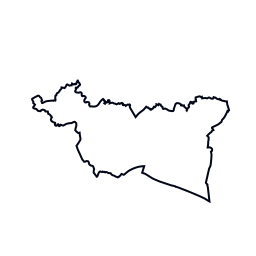 Tha Wung, Lop Buri, Thailand, rotated 108°
{"feature_id": "78962969B60837596961225", "entity_name": "Tha Wung", "entity_type": "district", "adm_level": 2, "iso_a3": "THA", "parent_name": "Thailand", "parent_adm1": "Lop Buri", "projection": "mercator", "projection_center": [100.49, 14.806], "detail": "fine", "context": "isolated", "style": "outline", "palette": "ink", "viewbox_px": 256, "rotation_deg": 108, "n_neighbors": 0, "source": "geoboundaries", "source_scale": "gbopen_adm2", "svg_char_len": 5886}
<svg xmlns="http://www.w3.org/2000/svg" viewBox="0 0 256 256"><g transform="rotate(108 128 128)"><path d="M72.1,42.2L72.6,43.6L72.6,45.2L72.9,46.6L72.8,48.3L72.4,48.4L72.0,49.7L72.6,49.9L72.5,50.5L72.7,51.0L72.8,52.1L72.4,53.6L72.1,54.1L72.3,54.5L72.2,55.1L72.2,56.1L73.5,56.1L73.9,56.4L74.1,56.8L74.3,58.2L73.9,59.9L74.1,60.7L75.1,61.6L75.4,62.0L75.5,63.6L76.9,66.7L75.5,67.4L76.0,68.1L75.9,69.0L75.7,69.4L76.0,70.2L78.0,73.1L79.0,72.9L79.8,72.3L80.2,72.4L80.4,72.0L81.0,71.9L81.6,71.5L82.8,73.7L83.8,73.3L84.5,73.4L84.8,73.9L84.9,74.3L84.2,75.6L83.7,75.7L83.8,76.6L84.9,76.8L85.8,76.8L87.4,77.4L88.0,77.3L88.9,76.5L89.5,76.5L90.8,77.3L93.3,77.5L93.2,77.7L91.7,77.8L90.3,81.2L89.2,81.8L90.0,83.4L90.1,84.3L90.1,84.5L89.3,84.5L89.3,85.1L88.8,86.3L88.8,86.9L89.0,88.4L89.4,89.5L90.5,90.2L94.5,90.3L95.2,90.4L97.0,90.0L97.8,90.3L98.4,91.4L98.5,92.6L98.7,93.4L98.8,94.6L98.2,97.0L98.0,98.7L98.1,99.0L98.4,99.3L99.0,100.4L97.6,101.8L97.3,101.8L96.7,103.4L96.0,104.3L95.7,104.3L95.7,104.9L95.9,105.1L95.5,106.0L96.5,106.3L96.6,106.5L96.9,106.5L96.6,107.5L96.6,108.3L97.5,108.0L99.7,108.7L99.7,109.2L99.9,109.2L99.9,110.0L101.7,110.3L101.9,110.6L102.5,110.9L103.2,111.4L103.0,111.8L103.3,112.0L103.1,112.4L103.5,112.6L103.2,113.2L103.0,113.8L102.8,113.8L102.8,114.8L102.2,115.5L102.6,116.5L102.2,117.3L105.8,118.8L109.2,121.2L111.5,122.6L115.3,124.1L108.5,131.9L107.3,132.9L106.5,133.0L105.7,133.0L105.2,133.5L105.1,133.8L105.7,134.4L105.7,135.3L105.9,135.7L106.4,136.1L106.8,136.3L107.7,137.0L107.1,137.9L107.0,138.2L107.6,139.3L107.8,139.6L107.8,139.9L107.1,140.3L106.4,140.3L106.1,140.8L106.0,141.4L106.3,142.1L107.0,142.4L107.1,142.9L107.7,143.4L107.7,143.8L107.3,144.3L107.3,144.7L108.5,145.6L109.1,146.4L108.8,147.5L109.0,149.1L108.8,149.7L108.7,150.4L109.6,152.3L110.3,153.1L109.1,153.4L108.8,153.6L107.9,153.9L107.4,154.5L107.5,155.1L107.9,155.6L108.8,155.2L109.4,155.2L109.5,155.7L110.0,155.8L110.0,156.3L110.1,156.6L112.0,157.2L112.0,157.8L111.9,158.2L111.2,158.0L109.4,158.3L109.3,159.4L108.5,159.7L108.1,160.7L109.4,161.6L110.4,162.0L111.4,162.5L115.0,163.5L116.5,164.4L117.4,165.5L118.2,167.0L118.7,169.3L119.2,170.6L118.2,172.0L117.9,172.2L117.0,172.1L116.1,172.7L115.7,173.2L115.6,173.6L116.1,175.4L116.5,175.6L116.8,176.1L116.8,176.9L116.6,177.3L115.8,178.0L115.3,178.1L114.2,178.1L112.6,177.5L112.3,177.5L111.7,177.9L111.2,178.8L111.1,179.5L111.2,180.2L111.8,181.1L111.7,181.7L111.0,182.2L109.4,182.7L108.9,183.2L108.7,183.7L108.7,184.5L109.7,185.8L110.1,188.3L110.0,189.0L109.6,189.5L108.9,189.7L107.5,189.4L107.0,189.4L106.7,189.5L106.2,190.1L105.8,190.1L105.5,189.6L105.6,189.1L105.2,188.5L103.8,188.1L101.9,187.0L101.6,187.0L101.1,187.3L100.2,188.3L99.8,189.3L98.4,190.3L97.7,190.6L98.8,190.6L101.0,190.9L102.0,190.8L102.1,191.3L102.6,191.4L102.7,191.8L102.5,192.2L102.6,192.4L102.8,192.7L103.2,192.8L103.4,193.5L103.0,194.9L104.9,194.8L105.1,195.8L105.8,196.8L105.6,198.0L105.3,198.9L105.4,199.3L105.7,199.7L106.0,199.8L107.6,199.9L108.6,200.3L109.6,200.6L109.7,201.0L109.8,203.4L110.0,203.8L110.9,203.4L112.2,203.9L113.2,204.5L114.4,204.6L116.1,205.4L116.8,206.2L117.5,206.4L119.0,206.3L119.4,206.9L119.6,207.0L122.3,206.4L123.6,205.6L124.4,205.6L124.5,206.9L125.2,207.4L125.4,208.8L127.8,214.0L129.8,216.2L130.6,216.8L130.7,217.3L130.7,217.6L130.1,217.9L129.4,218.6L129.1,218.7L128.2,218.3L126.3,219.9L126.1,220.2L125.8,221.3L125.0,222.5L124.9,223.3L125.0,223.5L127.1,225.7L129.3,227.7L130.1,228.2L131.1,227.5L132.3,226.1L133.6,225.8L133.8,225.1L134.2,224.5L134.5,223.7L135.7,223.9L137.2,224.6L137.8,224.5L138.4,224.0L138.3,221.0L138.7,220.3L139.0,219.6L139.4,219.3L139.4,217.9L139.1,216.5L138.5,216.1L137.8,216.0L136.8,214.7L136.8,212.6L137.4,212.1L137.8,211.6L137.1,209.4L139.2,208.2L139.2,207.1L139.5,206.3L140.1,205.6L140.5,204.8L140.5,204.5L140.7,204.3L141.0,204.1L141.3,203.8L141.7,204.1L142.4,203.9L143.6,204.0L144.3,203.7L144.6,203.1L145.1,202.8L145.6,200.6L145.6,198.9L146.0,198.7L147.4,198.6L148.1,197.7L148.1,197.1L147.9,196.6L146.4,196.1L146.0,195.6L146.1,195.2L147.2,194.7L147.5,194.1L147.3,193.6L146.2,193.4L145.7,193.1L145.7,192.6L145.8,190.8L145.6,190.2L143.2,188.0L141.6,185.4L140.7,183.1L139.2,181.7L138.7,181.0L138.7,180.2L139.4,178.7L141.3,178.0L142.1,177.8L145.4,177.7L146.5,177.4L147.4,175.8L148.1,173.9L148.0,173.4L147.4,172.6L149.9,171.5L152.4,170.1L153.2,169.8L154.1,169.7L156.0,170.1L158.8,170.8L160.8,171.5L163.9,169.2L172.1,161.7L173.1,160.0L173.6,159.6L173.4,158.6L172.3,157.3L172.1,156.7L172.0,155.6L172.5,154.9L174.4,153.7L174.7,153.3L175.2,152.0L175.0,150.4L175.1,149.9L175.2,149.4L177.5,147.5L178.7,147.5L181.0,146.9L183.5,143.3L184.0,142.8L183.7,142.3L182.3,142.1L179.6,142.0L178.3,141.5L177.9,140.9L178.0,139.7L177.7,138.7L177.3,138.6L177.3,136.9L177.1,136.8L177.1,136.1L176.9,136.1L176.9,135.5L176.5,134.7L176.9,132.8L176.4,130.6L176.6,130.2L177.3,129.3L177.6,128.5L177.7,126.1L178.1,124.4L178.0,123.7L177.9,123.1L178.1,122.6L177.9,122.2L177.2,121.5L176.6,121.4L175.7,120.6L174.4,120.3L173.9,119.8L173.7,119.8L173.8,117.6L173.1,117.0L169.7,114.9L168.0,113.6L165.2,110.8L163.0,108.0L161.6,105.9L160.1,102.9L159.3,100.8L166.2,100.7L166.3,97.3L168.3,89.3L168.6,87.4L169.1,81.4L169.2,69.3L168.9,66.3L168.9,64.9L169.2,64.5L169.0,63.9L169.1,62.9L169.0,62.3L169.7,50.5L170.7,38.6L171.4,33.2L172.5,29.0L172.7,27.8L159.6,33.8L157.9,34.9L157.2,35.0L156.4,36.6L156.0,37.0L141.7,38.3L138.8,37.9L138.1,37.9L134.0,38.7L128.3,40.1L126.8,40.7L124.8,41.8L123.9,41.1L122.7,41.2L121.7,41.9L121.2,43.0L121.2,43.9L121.3,44.7L121.9,46.2L119.0,46.7L115.7,47.6L114.7,47.6L113.6,48.0L112.3,48.2L111.9,48.5L110.9,50.3L107.2,48.4L106.2,47.5L105.2,47.4L104.3,47.0L103.6,46.1L102.9,46.7L102.2,48.0L101.9,48.2L101.5,48.2L100.8,47.7L100.3,47.0L97.2,43.8L95.9,42.7L94.3,41.8L93.6,41.1L91.1,41.0L89.3,40.1L87.4,39.5L85.1,39.1L82.1,38.7L81.9,38.7L81.6,38.0L80.7,38.5L80.0,37.4L78.9,38.0L74.9,40.9L72.1,42.2Z" fill="none" stroke="#020617" stroke-width="2"/></g></svg>